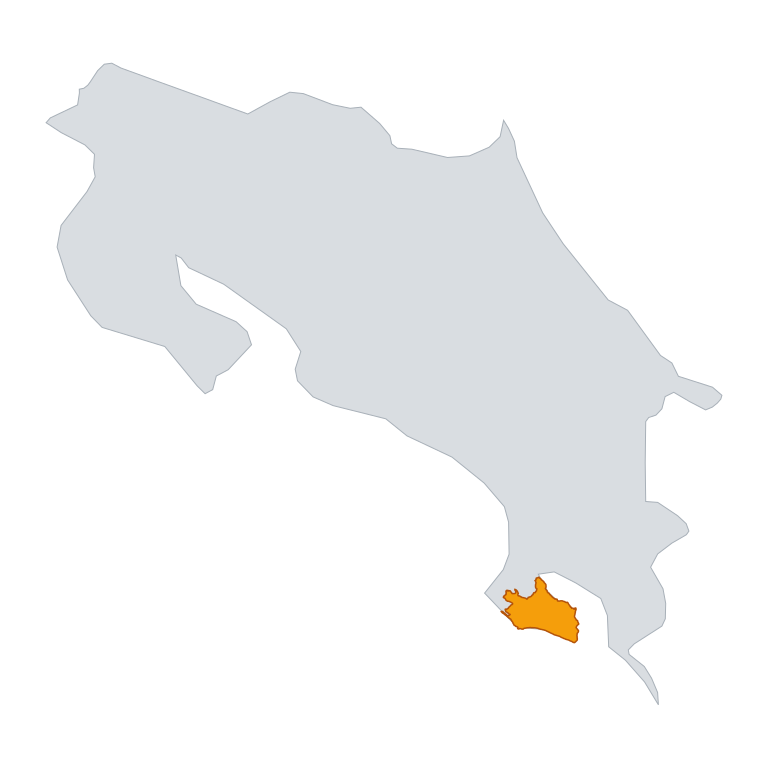 location of Puerto Jimenez, Puntarenas, Costa Rica
{"feature_id": "36466004B12090025276311", "entity_name": "Puerto Jimenez", "entity_type": "district", "adm_level": 2, "iso_a3": "CRI", "parent_name": "Costa Rica", "parent_adm1": "Puntarenas", "projection": "albers", "projection_center": [-83.47, 8.533], "detail": "fine", "context": "in_parent", "style": "filled", "palette": "amber", "viewbox_px": 768, "rotation_deg": 0, "n_neighbors": 0, "source": "geoboundaries", "source_scale": "gbopen_adm2", "svg_char_len": 7518}
<svg xmlns="http://www.w3.org/2000/svg" viewBox="0 0 768 768"><path d="M721.9,395.3L720.8,399.1L717.3,403.1L712.3,407.1L705.6,409.9L689.6,401.6L673.8,392.3L665.1,396.6L661.9,408.8L656.0,415.1L648.7,417.5L645.7,421.6L645.2,462.8L645.7,501.5L657.7,502.4L677.7,515.8L686.2,523.7L688.9,531.1L686.4,534.7L671.9,543.1L657.7,553.9L650.6,567.2L663.0,588.8L665.7,603.4L665.3,618.8L661.9,626.1L634.3,643.8L628.3,649.9L629.1,654.4L644.3,666.5L651.6,678.3L657.6,692.5L658.4,704.8L644.6,682.0L625.4,660.2L608.7,646.8L607.4,615.5L600.8,598.5L575.7,582.9L554.2,571.9L538.3,574.2L548.1,592.2L573.3,615.2L574.9,624.1L574.6,636.0L557.2,634.2L541.9,629.3L523.3,627.8L510.9,620.7L484.6,593.1L503.3,569.6L509.1,554.2L508.6,522.2L504.4,506.7L484.2,483.1L452.0,457.1L407.0,435.9L385.8,418.8L333.1,405.6L313.1,396.9L297.5,380.8L295.2,369.2L300.8,351.5L286.3,328.8L223.7,284.2L188.7,267.7L181.2,258.0L175.7,255.0L180.9,285.7L196.2,304.2L236.1,321.7L247.1,331.7L251.5,344.8L228.2,369.7L216.3,376.0L212.7,389.6L205.1,393.7L197.2,385.9L164.8,346.5L102.1,327.4L90.8,315.8L67.6,279.9L57.1,247.1L61.1,225.4L87.0,191.6L95.2,176.8L93.6,167.7L94.5,154.3L84.9,144.9L61.2,132.6L46.1,122.7L50.3,117.9L77.6,104.9L79.4,93.1L79.3,89.2L83.8,88.3L87.8,85.2L90.2,82.0L97.7,70.6L104.3,64.2L111.8,63.2L120.9,68.0L155.2,80.5L193.4,94.3L247.8,114.0L270.4,101.6L289.8,92.2L303.3,93.6L332.6,104.7L350.2,108.3L361.0,107.2L379.7,123.5L389.9,135.7L391.6,143.8L397.3,148.2L411.8,149.2L447.5,157.5L469.4,155.9L489.2,147.2L500.1,136.7L503.6,120.3L508.5,128.4L514.4,141.2L517.0,157.7L542.7,212.9L563.2,243.8L608.2,300.0L627.6,310.3L660.5,355.5L671.9,363.0L678.4,376.3L712.5,387.2L721.9,395.3Z" fill="#d9dde1" stroke="#a8b0b8" stroke-width="1"/><path d="M501.4,611.4L501.2,611.6L501.3,611.7L502.4,612.9L503.0,613.3L503.5,613.5L505.4,615.1L506.1,615.5L506.6,616.0L507.0,616.3L507.7,617.0L508.8,617.8L509.1,618.2L509.8,618.6L510.1,618.8L510.6,619.0L511.5,620.5L511.8,621.0L512.9,622.6L513.0,623.3L513.4,623.8L513.7,624.4L514.0,624.9L514.2,625.4L514.5,625.5L515.4,625.8L515.7,626.3L516.0,626.5L516.9,626.7L517.8,627.2L517.9,627.4L517.9,627.8L517.7,628.1L517.6,628.4L517.8,628.7L518.3,629.0L519.0,629.0L519.5,628.6L520.3,628.6L520.7,628.7L521.0,628.8L521.8,629.1L523.0,629.1L523.4,629.0L524.1,628.3L525.2,628.2L525.5,628.1L526.7,627.9L527.0,627.7L527.6,627.8L529.2,627.6L530.6,627.5L531.1,627.7L532.2,627.6L533.0,627.8L533.7,627.7L535.1,627.8L537.8,628.3L539.0,628.8L540.5,629.2L540.9,629.4L541.6,629.4L543.0,629.8L543.5,629.8L545.9,630.6L547.3,631.4L548.4,631.8L548.8,632.1L549.9,632.5L550.2,632.8L552.8,633.9L553.5,634.4L554.6,634.9L555.0,635.0L555.6,635.1L556.0,635.3L556.6,635.4L556.9,635.6L557.9,635.8L558.4,636.0L559.6,636.3L560.4,636.8L561.0,637.2L561.4,637.4L562.5,637.8L563.8,638.5L564.6,638.7L565.3,639.0L565.8,639.3L568.6,640.0L570.2,640.9L571.4,641.3L571.9,641.5L573.0,642.3L573.6,642.5L574.6,642.6L575.6,641.8L575.9,641.4L576.7,640.7L577.3,639.9L577.2,638.7L577.3,638.7L577.3,638.3L577.3,638.0L577.1,637.7L577.1,637.2L577.2,636.8L577.0,636.4L577.0,635.7L576.9,635.5L576.9,635.2L577.1,634.9L577.1,634.5L577.1,633.8L577.2,633.5L577.4,633.2L577.5,632.9L577.7,632.7L577.9,632.6L578.1,632.3L578.2,632.1L578.3,631.7L578.5,631.2L578.5,630.9L578.4,630.5L578.2,630.1L577.7,629.8L577.3,629.1L576.2,627.8L576.1,627.5L576.4,626.7L576.6,626.4L577.0,625.6L577.9,624.8L578.5,624.4L578.7,624.1L578.7,623.7L577.8,621.9L577.6,620.8L576.9,620.2L576.4,620.1L576.0,619.2L575.6,618.7L575.4,618.3L574.6,617.2L574.5,616.2L574.7,615.1L574.9,614.7L574.9,614.1L575.2,613.0L575.2,612.6L575.4,612.1L575.3,611.6L575.8,610.3L576.1,609.1L575.9,608.6L575.9,608.2L575.6,608.0L575.1,608.0L574.8,608.2L574.8,608.5L574.5,609.0L574.9,609.1L575.0,609.2L575.0,609.3L574.4,609.0L573.8,609.0L573.7,608.8L573.5,608.7L573.4,608.4L572.8,608.2L572.0,608.1L571.7,608.2L571.5,607.6L571.4,607.5L571.3,607.3L571.0,607.1L570.7,607.2L570.2,606.6L570.2,606.2L569.9,606.0L569.6,605.4L568.9,604.6L568.5,604.0L568.2,603.2L567.6,602.5L567.3,602.3L566.9,602.3L566.6,602.5L566.3,602.5L565.9,602.3L565.5,602.3L565.1,602.0L564.8,601.6L563.7,601.4L562.4,600.9L562.1,600.8L561.2,600.8L560.0,600.9L559.5,601.1L558.0,601.0L558.0,600.9L557.8,600.7L557.5,600.6L557.5,600.4L557.4,600.3L557.3,599.8L557.1,599.7L557.1,599.3L557.0,599.2L556.5,599.1L556.4,599.2L556.2,599.2L555.7,599.1L555.1,599.1L555.0,598.8L554.8,598.8L554.4,598.7L553.9,598.2L553.7,598.1L553.2,597.7L552.8,597.5L552.5,597.2L552.4,597.2L552.0,596.6L551.3,596.0L550.8,595.3L550.5,595.1L550.2,594.7L549.8,594.6L549.5,593.9L549.1,593.4L549.0,593.2L548.1,592.9L547.9,592.4L547.4,592.1L547.2,591.7L547.1,591.0L546.9,590.5L546.4,590.1L546.1,589.6L545.8,589.4L545.7,589.1L545.4,588.6L545.4,588.3L545.5,588.1L545.8,587.6L546.1,586.9L545.9,586.0L546.0,585.4L546.0,585.0L545.6,584.1L544.9,583.3L544.0,582.4L543.9,581.8L543.6,581.5L543.2,581.2L542.6,580.6L542.4,580.3L541.8,580.2L541.5,580.0L540.7,578.7L539.8,578.1L539.5,578.1L539.3,577.9L539.2,577.8L539.1,577.4L538.8,577.2L537.7,577.7L537.5,577.9L536.5,578.0L536.3,578.1L536.2,578.4L536.3,579.0L535.9,579.3L535.8,580.2L535.2,580.5L535.4,580.7L535.5,581.6L536.0,582.4L536.0,582.7L535.9,582.9L535.9,583.8L535.6,584.4L535.5,585.1L535.5,585.6L535.6,585.8L535.6,586.2L535.5,586.3L535.5,586.8L535.6,587.1L535.6,587.5L535.9,588.1L536.2,588.4L536.7,588.6L536.9,589.0L536.8,589.5L536.5,590.0L536.5,590.4L536.5,590.8L536.2,591.2L536.0,591.3L535.7,591.6L535.4,592.1L535.4,592.4L535.2,592.6L534.7,592.6L533.9,592.7L533.7,592.9L533.6,593.0L533.6,593.3L533.0,594.1L533.1,594.4L532.6,595.0L532.3,595.0L532.1,595.1L531.8,595.5L531.7,595.8L531.4,596.0L531.2,596.3L530.6,596.7L529.7,596.9L529.4,597.1L529.0,597.3L528.3,597.3L527.9,598.0L527.7,598.4L527.6,598.5L527.3,598.9L527.1,599.0L526.5,599.0L526.0,598.4L525.2,598.1L524.3,597.9L523.6,597.7L521.8,597.4L521.5,597.0L520.5,596.7L520.3,596.4L519.8,596.1L519.5,596.0L519.2,595.9L518.9,595.9L518.3,595.8L518.0,595.4L517.9,594.9L517.9,594.0L518.3,593.5L518.2,593.2L517.6,591.8L516.8,590.5L516.3,590.2L515.9,589.7L515.4,589.5L514.9,589.4L514.9,590.0L515.0,590.3L515.4,590.8L515.7,591.5L515.8,591.8L515.8,592.6L515.5,593.0L515.2,593.4L514.2,593.6L512.9,593.6L512.5,593.6L511.9,593.4L511.8,593.2L511.6,592.6L510.9,592.0L510.8,591.7L510.6,591.5L510.4,591.0L510.0,590.9L509.7,590.7L509.3,590.8L509.1,590.9L508.9,590.9L508.7,590.7L508.0,591.0L507.8,591.0L507.7,590.9L507.7,590.4L506.9,590.3L506.2,590.7L506.2,591.2L505.9,591.7L505.9,591.9L506.3,592.3L506.3,592.5L506.1,592.9L506.2,593.8L506.1,594.0L505.8,594.2L505.9,594.6L505.3,594.8L505.1,595.3L504.8,595.5L504.6,595.7L504.4,596.0L503.8,596.1L503.7,596.5L503.6,596.8L503.4,597.0L503.4,597.4L503.6,597.7L504.0,597.8L504.9,598.3L505.4,599.0L506.0,600.2L506.3,600.5L507.1,600.9L507.4,601.2L509.1,601.4L509.6,601.7L510.6,602.0L511.1,602.4L512.3,603.1L512.5,603.2L512.6,603.5L512.6,603.9L512.5,604.2L512.0,604.6L511.5,604.8L511.0,605.0L510.3,606.0L509.3,606.7L508.8,607.5L508.4,607.8L508.2,608.4L507.7,608.6L507.5,608.8L507.0,608.9L506.8,609.1L506.7,609.3L506.4,609.3L505.9,609.1L505.8,609.3L505.2,609.4L505.2,609.9L505.6,610.5L505.6,610.9L505.7,611.3L506.1,611.8L506.6,612.1L507.2,612.3L507.5,612.5L508.0,612.9L508.2,613.1L508.2,613.5L508.3,613.6L508.8,613.9L509.8,614.2L510.1,614.4L510.1,614.6L509.9,614.8L508.8,615.6L507.7,615.8L507.3,615.7L507.0,615.5L506.7,615.0L506.4,614.8L506.2,614.4L505.7,614.2L505.4,613.9L505.1,613.9L505.0,613.7L504.8,613.5L504.6,613.5L504.6,613.1L504.0,612.9L503.4,612.2L503.1,612.3L503.0,612.2L503.0,611.9L502.8,611.6L502.7,611.6L502.2,611.4L501.9,611.3L501.4,611.4Z" fill="#f59e0b" stroke="#b45309" stroke-width="1.5"/></svg>